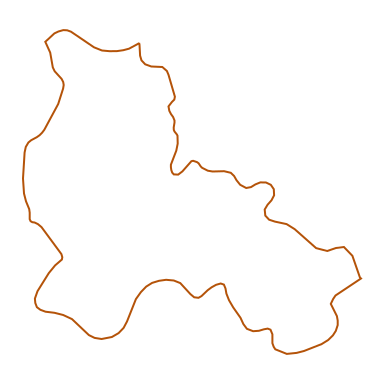 Lạng Sơn, orthographic projection
{"feature_id": "VNM-454", "entity_name": "Lạng Sơn", "entity_type": "Province", "adm_level": 1, "iso_a3": "VNM", "parent_name": "Vietnam", "parent_adm1": "", "projection": "orthographic", "projection_center": [106.647, 21.903], "detail": "fine", "context": "isolated", "style": "outline", "palette": "amber", "viewbox_px": 384, "rotation_deg": 0, "n_neighbors": 0, "source": "natural_earth", "source_scale": "10m", "svg_char_len": 2168}
<svg xmlns="http://www.w3.org/2000/svg" viewBox="0 0 384 384"><path d="M139.1,42.9L139.5,44.7L140.1,55.7L141.5,60.4L145.2,64.3L151.3,66.5L162.3,67.0L166.9,71.0L168.5,74.8L174.9,96.7L174.3,99.6L171.9,102.0L168.5,106.4L169.3,110.8L171.0,114.1L173.1,117.0L174.5,120.5L174.5,122.6L173.7,127.5L173.8,129.9L174.5,131.5L176.9,134.5L177.5,135.7L177.7,143.6L176.3,150.6L170.9,164.7L170.9,167.2L171.3,170.0L172.2,172.6L173.8,174.4L178.2,174.6L182.4,171.4L191.4,161.2L193.1,160.8L197.0,162.1L198.6,163.3L200.7,166.4L202.1,167.8L207.8,170.7L212.6,171.5L224.1,171.2L230.8,172.8L234.1,176.0L236.5,180.2L240.2,184.8L246.2,188.0L251.0,187.1L255.4,184.4L260.3,182.4L266.0,182.5L270.8,184.8L273.8,189.2L274.1,195.3L271.5,200.3L267.6,204.7L264.7,209.5L265.3,215.6L269.1,219.7L274.9,221.6L286.6,224.1L294.6,229.1L316.1,248.1L327.2,251.0L336.0,248.0L343.9,247.0L352.4,255.8L359.9,277.4L361.0,278.5L335.5,295.5L333.2,298.9L330.8,303.9L336.9,316.1L337.7,320.6L337.7,325.1L335.8,330.9L332.9,335.4L328.2,340.0L321.6,344.1L304.0,351.0L296.6,352.9L286.8,353.9L275.3,349.3L273.7,346.8L272.4,343.2L272.4,334.3L270.5,329.7L267.7,328.6L263.9,329.3L258.9,330.8L253.1,331.2L246.9,328.8L243.4,324.1L240.5,317.8L233.2,307.4L229.0,300.2L226.4,293.6L225.5,288.5L223.9,284.6L220.7,283.5L216.1,284.8L211.6,287.3L207.7,290.2L201.5,296.1L198.5,297.8L194.2,297.3L190.4,294.1L180.3,283.1L173.8,280.5L166.1,279.8L159.0,280.8L152.1,282.9L146.2,286.6L140.9,292.1L135.9,299.1L127.0,321.5L123.6,327.9L118.6,333.1L111.9,337.0L101.6,339.0L94.6,337.9L88.9,335.1L72.0,319.1L63.2,315.0L54.5,312.8L45.5,311.7L40.4,309.8L36.9,307.2L35.3,303.0L34.9,298.6L37.5,291.2L48.8,273.1L55.1,265.4L61.9,259.5L62.3,257.2L61.4,254.1L41.5,227.1L37.9,224.1L34.6,222.5L32.3,222.2L30.6,221.2L29.7,219.2L29.7,212.7L29.2,209.1L26.0,201.3L24.0,193.5L23.0,178.5L24.6,152.5L25.8,146.9L28.4,142.5L31.2,140.2L36.8,137.2L39.6,135.2L42.1,132.7L44.3,129.8L58.2,104.0L63.1,88.6L63.7,85.0L63.2,82.0L61.6,78.9L54.7,71.3L52.8,67.4L50.2,52.6L45.3,41.8L54.4,33.4L58.4,31.5L63.3,30.1L67.2,30.3L71.0,31.7L94.0,47.3L102.0,50.5L109.7,51.2L117.1,51.1L123.3,50.2L129.0,48.7L138.1,43.8L139.1,43.0L139.1,42.9Z" fill="none" stroke="#b45309" stroke-width="2"/></svg>